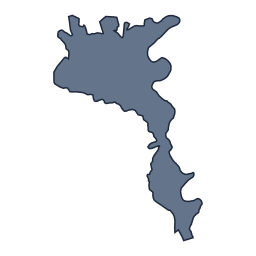 outline of Kum Hamada, Al Buhayrah, Egypt
{"feature_id": "37247803B37481118609375", "entity_name": "Kum Hamada", "entity_type": "district", "adm_level": 2, "iso_a3": "EGY", "parent_name": "Egypt", "parent_adm1": "Al Buhayrah", "projection": "albers", "projection_center": [30.747, 30.655], "detail": "fine", "context": "isolated", "style": "filled", "palette": "slate", "viewbox_px": 256, "rotation_deg": 0, "n_neighbors": 0, "source": "geoboundaries", "source_scale": "gbopen_adm2", "svg_char_len": 5801}
<svg xmlns="http://www.w3.org/2000/svg" viewBox="0 0 256 256"><path d="M92.9,94.9L93.3,97.9L93.6,99.1L94.3,100.7L95.1,101.3L97.0,101.3L99.7,100.1L102.2,99.3L103.1,99.8L103.7,100.3L104.3,101.2L104.5,102.5L105.1,103.0L106.3,103.5L110.3,102.8L112.0,102.9L115.1,102.0L115.9,103.0L116.7,103.5L118.9,104.3L120.5,105.8L122.0,108.6L123.5,110.5L124.6,111.3L126.7,111.0L127.9,110.3L132.5,109.4L135.3,110.5L138.1,114.7L142.8,115.9L143.6,119.6L145.6,121.1L147.1,122.2L147.7,123.0L147.9,123.4L147.9,125.7L148.3,129.0L148.1,129.6L148.3,130.5L148.6,131.2L149.8,131.9L151.3,132.1L152.7,132.9L153.2,133.5L153.9,136.5L155.7,138.3L156.5,139.8L156.6,140.8L156.0,141.6L151.5,143.0L149.6,144.3L147.9,146.9L148.7,148.1L149.5,148.6L151.1,148.5L152.1,148.3L153.6,147.7L154.3,147.5L155.1,147.0L158.7,145.9L160.1,146.0L159.1,146.2L158.2,149.9L156.4,152.2L154.0,155.6L152.7,158.4L152.6,161.3L150.7,164.0L152.0,169.7L150.8,171.3L149.7,173.3L149.6,174.3L147.5,174.6L147.1,176.0L148.5,178.7L148.5,181.0L149.5,181.8L149.1,183.8L149.0,186.2L149.2,187.4L149.3,188.9L149.8,189.8L152.6,191.9L153.1,193.7L152.8,194.8L153.0,196.4L153.4,198.4L154.4,200.3L157.2,202.5L161.2,205.1L168.4,210.2L170.1,210.3L171.8,212.4L173.0,213.7L174.3,216.5L175.0,221.4L174.7,228.1L174.8,230.0L174.9,232.5L178.4,229.9L182.2,236.9L183.7,240.6L192.4,237.9L193.0,237.8L192.9,237.0L192.6,236.1L191.8,235.1L191.7,233.7L191.3,232.7L191.1,231.9L191.0,231.4L190.5,230.9L189.4,229.3L189.6,228.0L190.2,226.1L190.8,225.1L191.3,224.5L191.5,224.1L191.6,222.9L191.9,222.4L192.2,221.5L192.4,220.7L192.7,219.9L192.8,219.2L193.1,218.3L193.5,217.4L193.9,216.8L194.7,215.6L195.3,215.2L195.6,214.7L196.2,214.1L198.0,213.0L198.8,212.0L198.9,211.4L198.8,210.6L198.8,210.2L198.9,209.9L199.4,209.3L200.0,208.2L200.2,207.6L200.2,206.9L200.7,205.9L201.3,204.9L201.9,204.3L202.1,203.4L201.8,202.0L201.2,200.8L200.1,199.6L199.3,199.0L198.6,198.7L197.5,198.7L197.0,198.8L193.9,200.5L193.2,200.7L191.8,201.0L190.9,201.0L189.5,201.4L188.7,201.4L186.6,201.3L185.2,201.1L183.9,200.5L183.2,200.0L182.3,198.7L181.3,196.4L181.2,195.6L180.9,193.9L180.6,191.5L180.8,189.8L181.0,188.9L181.4,187.9L185.7,182.9L187.0,181.6L187.9,180.5L188.5,180.0L190.6,178.5L192.6,177.2L193.3,176.5L193.7,175.5L193.9,174.5L194.0,173.9L193.8,173.3L193.5,172.9L193.4,172.7L192.9,172.6L192.0,173.1L191.0,173.5L188.3,173.9L187.8,174.2L187.0,174.3L185.9,174.4L185.2,174.3L183.8,173.7L182.9,173.3L182.1,172.7L181.6,172.2L180.9,171.2L180.3,170.6L179.8,169.5L179.7,168.3L179.0,167.0L177.7,165.4L176.0,163.5L174.9,162.6L173.1,160.5L172.4,159.4L171.8,158.6L171.4,157.8L170.8,156.7L170.1,155.5L169.5,154.0L169.3,153.3L169.1,152.1L169.1,151.5L169.4,151.1L169.9,150.7L170.5,150.2L171.0,149.5L171.6,148.5L172.1,147.3L172.2,147.0L171.3,145.1L171.0,144.8L170.4,143.4L170.1,142.2L169.7,141.2L169.0,140.0L168.2,139.2L166.6,138.0L166.4,137.6L166.1,136.8L165.8,135.8L165.7,134.6L165.7,134.0L166.1,133.0L166.7,132.1L167.5,130.9L168.1,130.1L168.3,129.3L168.4,127.5L168.7,125.6L168.9,124.6L169.6,122.4L170.0,121.6L170.7,120.7L171.8,119.3L173.4,118.0L173.5,117.5L173.9,116.1L174.6,114.2L174.8,112.9L174.9,111.6L174.7,109.7L174.5,108.8L173.8,108.3L173.2,107.5L172.6,106.7L171.6,105.5L171.1,104.5L170.5,103.9L169.9,103.3L169.3,103.0L168.2,102.4L167.8,102.0L167.5,101.4L166.8,100.9L165.8,100.7L164.6,100.5L163.1,99.3L162.0,98.5L158.9,95.7L158.0,94.2L156.9,92.6L156.4,91.8L155.7,91.4L154.3,90.3L153.5,89.9L153.2,89.7L153.0,89.4L152.6,88.9L152.3,88.4L151.9,87.6L151.8,86.3L152.0,85.5L152.8,83.6L154.1,81.7L155.2,81.2L156.9,80.8L158.4,80.7L160.2,80.7L162.1,79.9L164.3,78.8L165.6,78.0L166.9,76.8L167.7,75.9L170.6,70.8L170.8,69.7L170.9,69.1L170.9,67.4L171.0,66.1L170.8,65.3L169.9,63.2L169.3,62.6L168.2,61.0L165.3,58.7L163.2,57.9L161.9,57.7L160.9,58.2L157.3,60.8L156.2,61.4L155.2,61.8L154.3,62.0L153.3,62.1L151.6,61.5L150.7,60.8L149.1,58.7L147.7,55.7L147.6,54.8L147.5,53.7L147.5,52.4L147.5,51.7L147.7,50.8L148.1,49.1L148.6,47.5L154.2,42.9L157.9,38.8L159.2,38.2L161.4,36.3L167.1,30.3L168.0,29.3L169.8,27.9L171.6,27.0L176.9,24.8L178.1,23.9L179.5,22.1L179.8,20.7L179.7,19.4L179.5,19.0L179.0,18.2L178.5,17.7L175.6,16.4L174.7,16.3L173.3,15.7L172.3,15.6L169.3,15.7L168.2,15.9L165.6,17.0L164.9,17.5L164.1,18.2L162.9,18.9L161.7,20.5L161.1,21.0L158.5,22.7L157.5,23.0L156.6,23.0L155.7,22.8L155.1,22.5L154.2,22.1L153.8,21.8L153.0,21.0L152.8,20.6L152.4,19.7L152.4,19.2L151.9,18.6L150.3,18.3L149.3,18.2L144.9,19.9L144.3,23.0L144.3,25.5L143.3,25.9L140.1,26.0L138.9,25.9L136.3,25.6L134.9,25.8L131.1,27.9L129.0,29.3L127.4,29.8L126.8,29.7L127.9,27.5L128.6,26.4L129.1,24.8L129.5,24.0L128.8,23.5L127.3,22.6L126.9,22.4L125.6,22.4L124.6,23.1L124.4,23.6L124.3,24.0L124.2,24.9L124.1,26.8L123.7,31.2L123.1,36.5L122.3,37.7L121.9,37.5L121.3,37.2L120.2,36.1L117.7,33.1L114.0,30.8L115.3,30.2L116.4,30.6L117.0,29.8L117.1,27.2L118.6,26.4L118.8,24.6L118.2,22.7L116.8,17.4L114.4,17.0L105.8,16.5L103.7,18.2L101.3,20.3L99.7,21.8L101.5,27.5L103.3,33.5L101.5,33.7L100.1,33.2L97.7,32.9L96.6,33.0L94.5,33.8L94.0,33.8L93.1,33.7L92.4,33.6L91.8,33.7L89.8,34.7L88.1,34.3L87.8,34.1L87.2,34.1L86.1,29.5L85.4,27.5L84.5,25.5L84.1,25.6L83.8,25.3L83.4,26.2L82.7,26.7L82.2,26.7L79.9,26.1L79.3,25.6L78.7,24.4L78.9,22.7L79.1,21.3L78.9,20.5L79.1,19.8L79.0,18.7L78.3,18.2L77.2,17.8L75.4,16.8L74.1,16.3L72.3,15.4L68.6,16.6L68.9,17.8L69.0,18.9L69.3,20.3L69.7,23.8L70.5,30.0L72.4,34.6L72.0,35.4L70.4,35.8L68.9,34.6L66.4,32.9L64.6,32.1L62.7,30.5L61.6,30.1L60.3,30.4L59.9,30.6L58.4,31.7L58.0,33.2L57.8,34.5L57.9,36.7L59.5,38.0L61.0,39.0L61.2,39.7L61.5,40.0L61.8,40.4L62.3,40.7L63.1,41.7L64.5,43.2L65.4,44.8L65.7,45.5L66.1,48.8L68.1,50.2L68.4,50.5L69.0,52.8L68.4,58.8L67.8,58.4L66.7,58.0L65.8,57.2L64.5,57.7L57.3,66.3L53.9,72.2L54.0,82.1L54.9,83.9L60.2,87.1L63.6,88.3L65.0,87.8L67.5,88.0L70.1,91.8L77.3,91.9L83.6,92.7L87.7,94.7L90.6,94.4L92.9,94.9Z" fill="#64748b" stroke="#1e293b" stroke-width="1.5"/></svg>